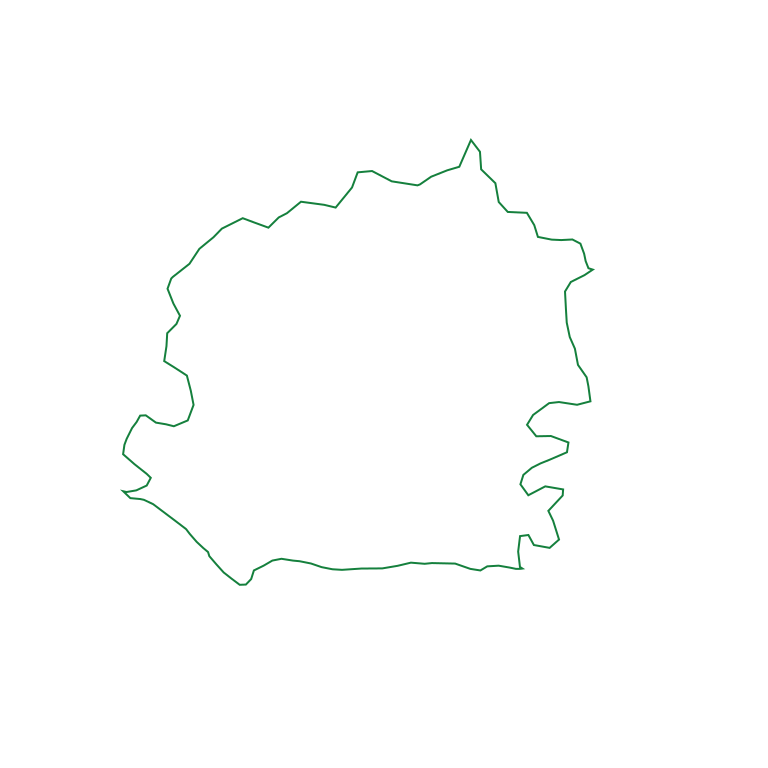 Maroni, Larnaca, Cyprus, rotated 37°
{"feature_id": "46923920B60231946210066", "entity_name": "Maroni", "entity_type": "district", "adm_level": 2, "iso_a3": "CYP", "parent_name": "Cyprus", "parent_adm1": "Larnaca", "projection": "albers", "projection_center": [33.37, 34.753], "detail": "fine", "context": "isolated", "style": "outline", "palette": "green", "viewbox_px": 768, "rotation_deg": 37, "n_neighbors": 0, "source": "geoboundaries", "source_scale": "gbopen_adm2", "svg_char_len": 2001}
<svg xmlns="http://www.w3.org/2000/svg" viewBox="0 0 768 768"><g transform="rotate(37 384 384)"><path d="M481.9,167.0L477.6,168.5L471.1,164.5L465.4,159.5L456.4,153.7L447.5,155.2L438.9,162.4L431.0,167.8L418.4,173.9L408.4,166.7L395.1,161.3L379.3,172.1L366.1,169.6L352.1,156.6L332.4,154.1L320.9,140.8L306.6,136.8L313.4,165.2L305.9,175.3L296.9,190.1L292.6,203.0L291.2,205.2L268.2,217.5L246.3,221.1L235.6,230.8L240.2,246.3L239.2,272.2L228.4,276.9L208.0,288.4L203.7,306.0L199.7,314.3L197.6,328.7L183.2,333.1L171.4,336.6L161.0,357.5L159.5,369.4L155.2,387.1L156.3,405.1L150.9,425.6L150.6,427.8L153.8,438.2L167.4,446.5L180.0,452.3L182.1,460.9L180.3,473.9L187.5,484.7L194.7,498.0L205.8,497.0L221.5,495.9L233.7,505.6L244.5,515.3L249.2,531.2L241.6,544.2L234.1,547.4L225.1,552.1L212.6,552.4L208.3,556.0L209.3,563.2L209.3,570.8L211.5,582.7L213.3,588.8L217.9,597.1L233.0,598.2L248.8,598.6L254.2,599.3L255.6,607.9L250.2,618.0L243.4,625.2L240.3,626.6L250.1,627.8L258.5,622.6L261.9,621.0L272.0,618.9L280.7,618.9L290.7,618.9L300.4,618.9L313.3,619.0L319.0,620.6L329.3,622.8L338.7,623.8L344.6,624.1L348.1,626.6L358.6,628.9L369.4,631.0L379.3,631.2L389.6,631.2L394.4,627.3L395.3,619.7L392.3,611.2L397.2,601.5L401.1,592.2L407.3,585.3L417.6,579.8L423.3,576.3L433.7,571.3L444.4,567.8L454.3,563.0L462.3,557.7L469.0,551.9L477.0,545.0L493.6,532.3L504.3,521.0L513.0,510.5L524.7,503.1L530.0,498.2L548.9,484.6L564.2,479.7L573.2,474.9L576.2,467.5L584.9,460.1L594.8,455.0L600.5,452.3L604.2,449.5L605.6,448.1L602.7,448.3L592.0,437.1L584.2,423.6L590.2,417.7L600.6,422.4L614.9,415.2L617.4,402.9L601.3,391.4L591.6,386.4L593.8,365.5L590.5,360.4L574.4,368.7L566.2,386.0L553.3,382.0L550.0,372.7L552.5,361.9L556.8,353.2L561.8,344.9L571.2,328.4L566.5,319.7L548.6,325.1L537.1,334.1L522.8,330.5L521.7,319.0L527.4,299.9L534.6,293.1L550.7,284.4L559.3,273.6L548.6,262.8L541.8,256.7L527.4,252.0L515.2,240.9L504.1,234.7L493.0,225.0L484.4,214.9L472.9,201.2L471.8,190.1L478.6,176.4L481.9,167.0Z" fill="none" stroke="#15803d" stroke-width="2"/></g></svg>